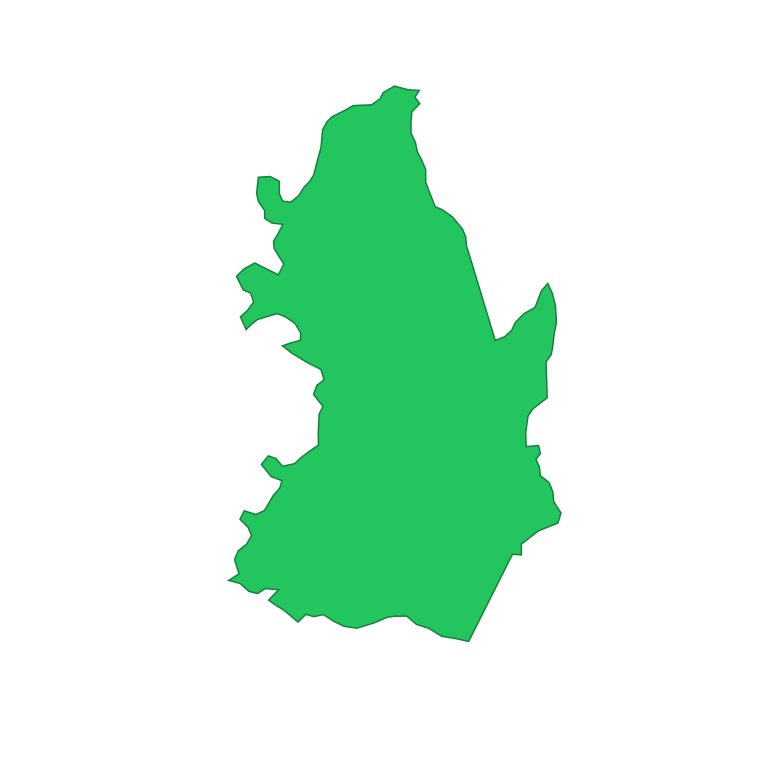 the district of Kaloré, Paraná, Brazil, rotated 129°
{"feature_id": "56859067B74207450909623", "entity_name": "Kaloré", "entity_type": "district", "adm_level": 2, "iso_a3": "BRA", "parent_name": "Brazil", "parent_adm1": "Paraná", "projection": "robinson", "projection_center": [-51.69, -23.863], "detail": "fine", "context": "isolated", "style": "filled", "palette": "green", "viewbox_px": 768, "rotation_deg": 129, "n_neighbors": 0, "source": "geoboundaries", "source_scale": "gbopen_adm2", "svg_char_len": 2115}
<svg xmlns="http://www.w3.org/2000/svg" viewBox="0 0 768 768"><g transform="rotate(129 384 384)"><path d="M634.4,381.1L629.5,370.2L630.2,358.6L626.4,350.4L617.6,347.5L610.2,336.3L617.2,337.1L624.6,337.6L624.0,328.0L622.8,319.8L623.1,301.0L612.1,299.7L609.1,292.3L601.3,285.9L600.1,273.8L597.3,262.3L590.9,251.5L583.1,246.2L575.3,241.0L563.1,234.6L557.8,229.6L550.1,220.3L550.4,207.6L545.7,195.5L543.8,180.4L536.4,167.5L530.8,156.2L435.5,177.0L430.3,169.7L422.1,176.5L401.3,171.7L382.5,161.4L372.8,165.3L368.7,177.9L361.7,184.8L356.7,193.6L356.9,204.6L350.8,210.9L346.9,218.6L339.7,218.6L334.6,225.2L343.2,234.1L332.5,243.3L318.3,251.9L309.8,252.7L292.0,248.5L264.8,272.0L256.0,272.5L249.6,275.9L238.1,283.2L227.4,288.9L215.1,300.2L207.7,310.1L202.8,320.0L212.6,320.3L229.3,314.8L241.4,319.5L253.7,320.7L261.8,318.5L271.5,320.0L280.1,325.0L230.4,398.3L225.1,406.4L218.1,413.3L214.1,420.7L211.1,435.8L211.8,447.8L214.0,455.9L201.1,478.4L191.1,486.6L186.2,495.7L182.6,504.2L176.5,511.6L172.1,520.7L163.5,527.9L155.0,533.6L143.6,532.6L141.7,540.5L133.6,541.3L140.3,550.7L145.9,563.3L157.8,568.0L165.1,566.6L174.8,569.3L187.0,583.1L196.6,586.9L208.9,592.5L215.9,593.3L225.2,591.6L240.0,581.7L250.1,577.4L265.6,570.2L273.1,569.2L281.2,570.0L290.9,568.8L301.3,570.8L305.7,577.9L302.0,585.1L292.3,592.8L294.5,603.2L302.4,611.8L316.1,602.9L321.3,596.3L324.2,586.1L330.4,580.9L329.4,572.2L323.5,563.1L335.4,560.6L342.4,559.8L347.9,554.6L353.9,537.3L365.7,534.8L371.3,560.6L382.9,565.3L393.2,566.3L399.5,552.4L397.2,545.0L402.4,536.9L412.8,536.4L422.2,537.8L428.4,525.4L420.2,524.5L413.2,522.7L396.6,511.4L393.9,503.4L392.9,491.3L396.9,480.6L402.8,476.5L411.4,482.7L418.3,486.9L418.0,474.0L415.4,456.1L412.4,442.1L418.5,433.2L427.3,435.3L436.5,432.2L439.8,417.3L448.1,415.5L463.3,404.4L472.7,396.5L482.9,399.5L491.4,401.7L502.3,403.4L511.8,411.1L509.9,421.2L512.7,428.7L523.7,428.7L527.0,413.3L523.4,402.5L530.5,399.5L539.7,400.0L557.5,397.3L566.0,401.4L570.5,412.8L579.7,410.8L580.9,399.5L585.2,391.5L594.9,390.0L605.3,392.3L614.6,389.6L622.8,377.2L634.4,381.1Z" fill="#22c55e" stroke="#15803d" stroke-width="1.5"/></g></svg>